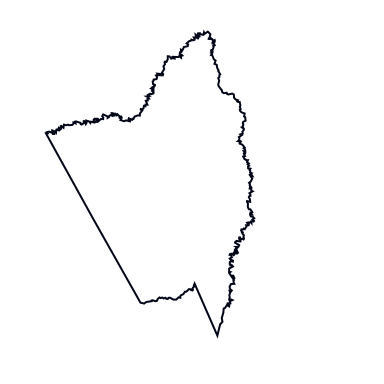 outline of Barão de Melgaço, Mato Grosso, Brazil, rotated 145°
{"feature_id": "56859067B92677344979366", "entity_name": "Barão de Melgaço", "entity_type": "district", "adm_level": 2, "iso_a3": "BRA", "parent_name": "Brazil", "parent_adm1": "Mato Grosso", "projection": "robinson", "projection_center": [-56.194, -16.698], "detail": "fine", "context": "isolated", "style": "outline", "palette": "ink", "viewbox_px": 384, "rotation_deg": 145, "n_neighbors": 0, "source": "geoboundaries", "source_scale": "gbopen_adm2", "svg_char_len": 6085}
<svg xmlns="http://www.w3.org/2000/svg" viewBox="0 0 384 384"><g transform="rotate(145 192 192)"><path d="M272.4,320.4L274.5,323.5L276.6,324.2L276.6,322.9L278.0,323.8L288.3,227.1L297.7,130.9L295.2,128.1L292.5,128.1L287.7,125.7L287.3,126.3L286.6,126.1L284.4,123.4L283.1,123.0L281.6,124.0L279.2,124.3L278.6,123.2L276.8,122.5L276.3,121.1L274.4,120.6L274.3,119.3L273.2,118.3L272.0,118.8L270.6,118.0L269.0,114.6L266.6,112.9L263.4,113.4L262.2,112.1L261.2,113.5L260.2,113.7L257.6,113.3L255.1,114.4L253.7,113.6L250.2,114.2L248.8,112.9L249.0,112.2L248.1,111.1L247.3,111.3L247.2,112.4L246.1,113.1L244.2,113.3L244.1,114.4L242.4,115.5L253.6,59.8L244.8,67.5L241.5,68.2L240.0,71.6L235.5,75.2L232.9,78.4L231.3,78.1L228.4,79.3L227.2,77.0L226.2,78.0L227.2,79.9L226.7,80.4L224.4,78.9L223.7,80.8L220.9,80.3L221.6,81.6L223.3,82.1L223.2,82.7L221.5,84.1L220.5,86.2L218.6,87.5L218.0,89.2L217.2,88.1L215.9,88.5L216.5,90.8L215.4,93.0L212.7,94.2L210.0,92.5L209.6,94.4L207.9,97.3L207.5,96.6L206.7,97.0L206.2,99.7L208.1,101.3L208.0,104.2L206.5,104.4L207.4,105.3L205.4,108.0L201.2,107.5L201.3,109.0L202.5,109.9L201.9,110.2L202.4,111.4L201.2,112.9L199.9,112.9L198.4,111.5L197.8,112.3L199.2,114.3L199.3,115.8L196.8,115.6L196.3,117.9L197.2,118.9L196.3,119.4L194.8,118.6L194.1,116.3L193.1,116.5L192.7,118.2L192.2,118.3L191.4,117.1L191.3,118.8L190.1,119.4L189.7,116.0L189.2,115.9L188.6,119.8L189.3,120.3L188.0,120.8L187.4,120.1L186.7,120.3L187.3,121.7L185.4,120.5L183.8,121.5L185.8,125.7L185.4,126.2L183.6,126.4L180.7,123.7L179.7,124.8L180.3,126.8L179.3,127.7L178.7,127.2L179.2,125.4L177.5,124.8L177.0,123.6L176.2,123.9L175.4,125.9L174.3,126.8L174.5,128.6L173.6,129.6L174.4,130.2L173.7,131.2L173.9,132.3L172.9,133.0L171.4,132.0L170.5,132.3L170.1,131.3L167.1,132.5L166.7,133.7L164.8,132.3L164.3,132.5L164.5,135.2L163.4,134.9L162.6,133.8L161.2,134.0L161.1,132.6L160.3,133.9L158.5,132.5L157.8,132.7L158.3,134.8L156.1,134.8L156.5,137.0L157.8,138.3L157.5,139.9L157.1,140.5L155.7,139.3L155.7,141.5L154.2,141.0L154.1,144.3L155.2,145.1L155.2,146.0L154.9,147.6L152.8,150.5L152.6,152.5L152.1,153.0L150.0,150.6L148.7,152.9L148.4,155.2L147.2,155.8L146.3,155.3L145.5,156.7L145.6,158.1L142.0,157.8L142.7,158.9L141.6,160.6L142.8,161.7L141.9,162.6L140.8,162.2L140.9,164.5L139.9,165.3L140.0,166.8L137.8,166.9L135.0,168.4L134.9,171.8L133.4,170.3L133.3,171.8L134.1,173.0L132.3,173.2L133.2,174.7L132.0,176.2L132.2,177.1L130.8,177.6L132.4,179.2L131.5,180.7L130.1,180.8L130.5,182.7L129.1,182.8L129.9,184.7L128.0,186.0L129.3,186.8L129.3,187.8L130.1,188.7L129.7,191.7L128.0,191.0L127.5,193.8L126.9,194.0L126.8,192.9L126.3,193.1L126.2,195.7L125.1,194.6L124.2,196.3L124.7,198.2L124.1,198.4L123.3,197.1L123.6,201.9L125.2,204.3L125.0,204.9L123.1,205.2L123.0,205.8L125.0,207.3L123.6,207.5L122.2,209.1L122.1,210.1L118.7,210.0L119.2,211.4L117.0,210.7L116.2,212.4L114.1,213.1L113.3,213.9L114.0,216.3L113.0,215.9L112.8,216.7L111.3,217.7L110.9,219.3L109.8,220.1L107.2,219.7L105.5,222.8L106.0,224.0L103.8,226.1L105.6,228.6L106.1,230.5L105.6,232.0L104.8,231.8L104.4,232.6L104.1,234.2L102.7,235.2L101.3,238.4L102.9,239.7L103.0,240.4L101.8,240.9L103.1,242.5L103.5,245.0L101.8,247.9L102.6,249.5L106.2,251.0L107.0,252.0L106.7,253.4L109.2,254.7L110.0,256.5L109.2,258.0L109.5,263.1L108.9,265.0L105.9,267.6L105.1,270.3L103.6,270.6L102.2,272.3L101.4,272.3L101.1,276.1L100.5,276.4L100.2,279.2L98.8,282.0L100.1,284.1L97.3,286.1L98.0,288.1L96.8,293.0L97.5,293.3L95.7,294.2L96.3,295.0L94.9,295.1L95.5,296.7L94.8,297.2L93.5,296.6L91.1,298.4L90.8,299.5L89.2,299.2L89.0,300.5L90.0,301.9L89.4,302.7L87.5,301.9L86.6,302.7L86.3,303.5L88.2,303.7L87.7,305.6L90.5,307.8L90.0,308.3L88.3,307.5L88.2,309.3L86.4,310.7L87.1,314.3L90.9,314.3L90.6,315.9L92.5,314.3L94.3,315.9L94.4,317.5L96.1,318.5L97.4,317.3L96.3,316.3L96.6,315.2L98.3,316.0L98.6,314.6L99.1,314.4L99.9,316.2L101.9,317.6L102.1,315.6L102.7,315.2L104.1,315.6L105.1,317.2L106.2,316.6L107.9,317.2L111.2,316.8L110.5,315.1L111.9,313.9L115.4,315.4L118.7,313.5L119.4,314.9L120.5,312.9L121.7,313.4L123.1,311.8L121.9,310.7L121.7,309.4L122.9,309.9L123.9,308.3L124.6,310.6L125.9,310.5L129.0,312.8L129.7,311.3L130.2,311.8L130.2,313.8L130.9,313.9L132.0,312.9L132.6,313.2L132.6,315.9L134.0,317.1L135.8,314.6L138.3,313.2L139.3,314.3L140.0,314.1L140.8,312.2L143.3,311.3L144.2,308.7L148.2,306.9L148.0,305.0L149.0,304.3L151.1,305.9L150.2,305.9L149.8,306.5L152.5,308.8L152.6,307.4L154.6,308.1L154.6,306.3L156.3,304.8L158.9,306.1L159.6,305.2L160.8,305.1L162.0,302.8L160.9,301.0L161.3,300.4L164.1,300.5L163.4,299.6L164.1,299.0L166.0,299.8L165.1,297.4L165.6,296.9L166.3,297.9L166.8,297.7L166.3,295.6L167.1,294.9L169.3,295.5L169.9,296.5L172.2,296.8L171.8,295.1L174.4,296.4L173.5,294.6L173.6,293.1L175.0,293.8L175.7,292.4L177.5,293.2L178.5,289.1L180.1,290.2L181.0,289.0L182.0,290.1L183.8,288.3L185.3,288.3L186.3,289.3L186.7,288.9L186.0,287.3L189.6,286.2L190.9,284.5L192.3,285.8L195.8,286.7L198.1,285.4L198.7,286.1L199.7,285.5L201.5,288.6L202.1,288.1L201.7,285.9L202.3,285.4L204.8,288.4L207.2,289.1L209.3,292.0L207.0,293.1L206.7,294.4L207.1,294.7L208.2,293.8L208.8,294.3L208.0,295.6L208.5,298.4L209.6,298.0L209.6,299.8L210.1,300.3L211.5,299.0L212.3,299.6L211.6,301.9L212.6,302.7L213.7,300.3L214.7,301.7L215.8,301.9L217.1,301.0L218.6,301.1L217.8,302.3L220.3,306.5L222.0,305.7L222.0,303.9L223.0,302.7L224.6,304.0L229.2,303.6L229.7,304.0L227.5,305.0L227.1,305.6L227.6,306.4L229.0,305.6L229.0,307.2L229.7,307.9L231.0,307.7L231.6,306.9L231.0,305.2L231.9,304.7L234.5,307.6L235.7,306.8L235.9,309.0L237.6,311.1L238.6,309.2L239.9,308.6L239.2,311.2L239.7,312.1L240.2,312.1L241.0,310.4L243.7,310.6L244.2,311.3L243.7,312.6L246.6,316.4L247.4,316.7L248.0,315.1L249.2,317.0L250.1,315.9L251.5,315.6L254.4,317.2L255.0,318.3L256.7,318.8L258.2,320.6L260.4,318.4L261.1,321.1L261.8,321.2L262.9,318.9L263.6,318.8L264.3,321.0L264.9,320.6L265.0,318.7L265.6,318.6L266.7,320.7L267.3,320.9L269.4,318.6L269.5,320.3L271.2,322.6L272.4,320.4ZM272.4,320.4L271.3,319.2L271.6,318.6L272.7,319.4L272.4,320.4ZM207.9,97.3L208.1,97.8L208.1,99.4L207.4,99.1L207.9,97.3ZM98.3,316.0L98.6,317.8L98.8,318.7L99.7,316.9L98.3,316.0Z" fill="none" stroke="#020617" stroke-width="2"/></g></svg>